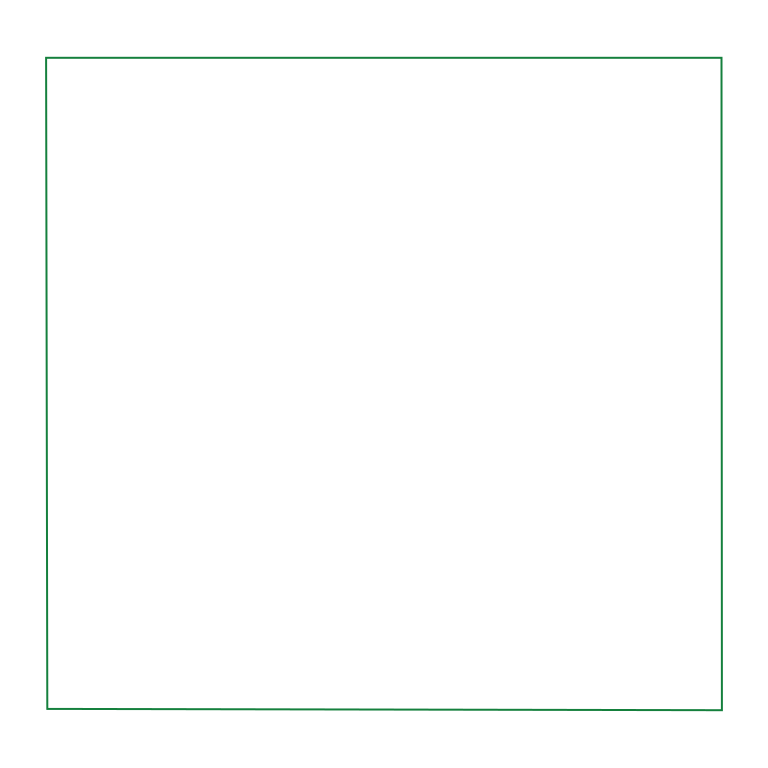 Grant, Kansas, United States of America (Robinson projection)
{"feature_id": "52423323B71975870729571", "entity_name": "Grant", "entity_type": "district", "adm_level": 2, "iso_a3": "USA", "parent_name": "United States of America", "parent_adm1": "Kansas", "projection": "robinson", "projection_center": [-101.235, 37.562], "detail": "fine", "context": "isolated", "style": "outline", "palette": "green", "viewbox_px": 768, "rotation_deg": 0, "n_neighbors": 0, "source": "geoboundaries", "source_scale": "gbopen_adm2", "svg_char_len": 194}
<svg xmlns="http://www.w3.org/2000/svg" viewBox="0 0 768 768"><path d="M721.5,57.8L46.1,57.8L47.3,708.9L721.9,710.2L721.8,519.7L721.5,57.8Z" fill="none" stroke="#15803d" stroke-width="2"/></svg>